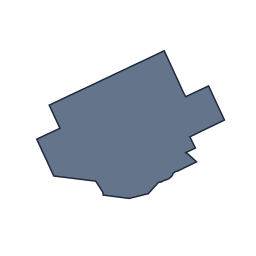 the district of Mount Gambier, South Australia, Australia, rotated 313°
{"feature_id": "25037944B55090185866802", "entity_name": "Mount Gambier", "entity_type": "district", "adm_level": 2, "iso_a3": "AUS", "parent_name": "Australia", "parent_adm1": "South Australia", "projection": "natural_earth1", "projection_center": [140.781, -37.825], "detail": "fine", "context": "isolated", "style": "filled", "palette": "slate", "viewbox_px": 256, "rotation_deg": 313, "n_neighbors": 0, "source": "geoboundaries", "source_scale": "gbopen_adm2", "svg_char_len": 1235}
<svg xmlns="http://www.w3.org/2000/svg" viewBox="0 0 256 256"><g transform="rotate(313 128 128)"><path d="M62.0,155.6L66.7,162.1L77.3,176.9L93.2,187.2L93.5,187.6L99.0,187.5L108.9,187.4L111.2,189.1L113.9,190.0L117.2,191.8L118.6,192.4L122.4,192.9L124.6,192.5L124.8,192.3L125.8,191.7L127.1,192.2L128.7,192.5L129.8,193.3L130.3,193.6L134.6,195.3L150.0,201.2L149.9,191.9L149.8,189.1L149.3,187.1L150.0,187.3L152.8,188.4L159.3,190.9L162.1,183.5L163.7,179.5L163.8,179.3L177.2,184.4L186.9,188.2L199.6,193.1L204.2,181.7L204.5,180.9L208.7,170.5L208.8,170.2L209.0,169.8L213.6,158.5L213.7,158.2L190.2,148.8L191.4,145.3L193.3,140.5L194.7,137.2L196.7,132.4L199.3,125.8L199.4,125.6L199.5,125.4L204.5,113.2L209.2,101.8L196.5,96.8L185.4,92.4L179.5,90.0L163.6,83.7L161.9,83.0L161.7,82.9L148.8,77.8L145.4,76.4L143.4,75.7L137.4,73.3L125.7,68.6L114.7,64.2L112.1,63.1L108.9,61.9L91.0,54.8L81.5,78.1L81.4,78.1L81.4,78.4L81.1,78.3L69.5,73.6L57.8,69.0L57.6,68.9L55.1,75.0L54.3,76.9L52.8,80.5L49.4,89.1L48.3,92.3L48.1,92.2L43.2,104.2L42.3,106.5L51.7,119.4L52.0,119.8L57.5,127.4L60.0,130.8L61.3,132.7L63.3,135.4L63.5,135.7L66.6,139.9L67.1,140.5L66.9,141.4L65.7,146.3L64.1,152.6L63.5,154.0L62.0,155.6Z" fill="#64748b" stroke="#1e293b" stroke-width="1.5"/></g></svg>